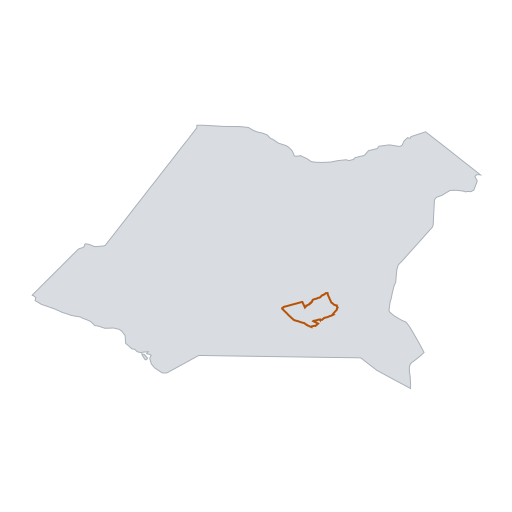 location of Wajir West, North-Eastern, Kenya, rotated 91°
{"feature_id": "3690345B86127058354537", "entity_name": "Wajir West", "entity_type": "district", "adm_level": 2, "iso_a3": "KEN", "parent_name": "Kenya", "parent_adm1": "North-Eastern", "projection": "equal_earth", "projection_center": [39.437, 1.649], "detail": "fine", "context": "in_parent", "style": "outline", "palette": "amber", "viewbox_px": 512, "rotation_deg": 91, "n_neighbors": 0, "source": "geoboundaries", "source_scale": "gbopen_adm2", "svg_char_len": 6808}
<svg xmlns="http://www.w3.org/2000/svg" viewBox="0 0 512 512"><g transform="rotate(91 256 256)"><path d="M126.3,317.4L126.2,309.9L127.0,290.9L126.9,274.2L127.6,265.9L130.6,260.6L132.0,256.7L133.1,251.4L134.7,247.0L138.3,243.4L138.9,241.4L142.8,235.5L145.1,227.8L146.8,225.2L149.0,222.8L150.6,221.5L153.1,220.3L155.1,219.6L155.4,218.9L155.6,217.7L154.9,213.0L155.8,211.4L157.1,208.2L158.7,205.3L160.1,203.4L160.8,201.5L161.2,198.1L161.3,195.8L161.3,191.9L160.8,183.1L159.2,175.8L158.2,167.5L159.0,164.8L157.7,160.0L157.0,159.7L156.0,158.7L154.7,154.1L153.7,150.0L153.0,149.0L148.7,145.3L146.5,136.8L144.1,134.9L142.8,126.4L142.6,124.0L143.9,115.5L143.8,113.5L142.4,111.7L138.3,109.9L135.0,106.4L135.4,105.2L135.6,103.9L133.9,103.1L128.9,88.6L135.4,79.9L142.0,71.1L150.5,59.9L158.3,49.7L165.0,40.8L171.0,33.0L170.8,34.5L170.9,36.5L171.6,37.7L172.8,38.5L174.5,37.6L176.0,36.4L177.5,36.2L186.4,39.4L187.9,42.3L187.8,45.4L188.2,47.6L187.5,49.9L186.8,56.6L187.0,62.9L189.7,67.5L192.1,71.1L194.0,76.2L195.4,77.8L197.3,78.6L203.5,78.8L212.6,79.1L221.4,79.4L222.2,79.5L224.1,80.2L232.1,87.1L239.5,93.4L245.8,98.9L251.9,104.2L257.8,109.3L262.4,113.6L266.9,114.9L274.3,115.5L279.4,115.8L284.1,117.6L291.1,119.2L296.3,120.1L299.4,121.1L308.2,122.1L309.6,121.5L313.5,116.7L317.8,109.0L319.5,104.7L325.1,100.5L334.9,94.6L341.8,90.5L349.5,86.3L353.0,89.9L357.8,95.7L359.9,98.6L361.7,99.9L364.3,100.7L367.5,100.7L369.2,100.6L372.8,99.9L381.1,99.2L385.8,99.2L381.8,106.9L377.1,116.2L368.2,133.2L361.5,142.2L356.4,148.9L356.0,150.1L356.0,157.7L356.1,176.2L356.2,213.1L356.3,250.0L356.4,287.0L356.4,305.4L356.5,311.6L360.9,319.4L365.3,327.0L371.0,337.0L374.1,342.4L374.6,344.2L374.5,347.8L369.7,355.3L365.8,358.7L360.6,360.4L359.1,360.1L357.0,359.0L356.2,360.8L355.6,363.6L354.4,363.0L353.6,362.2L354.1,367.2L354.6,369.6L353.8,373.0L351.3,375.9L351.1,378.3L345.6,384.8L337.8,385.5L333.7,388.7L331.8,391.3L330.5,397.0L330.9,405.8L328.8,412.5L328.4,415.9L324.3,420.3L322.6,424.3L321.2,428.4L320.1,430.2L318.7,439.4L316.9,444.9L316.3,446.8L315.9,448.5L314.4,451.7L313.5,454.0L312.8,455.4L308.1,469.7L304.4,476.1L301.5,475.4L299.5,477.9L299.3,479.0L298.3,478.4L295.9,476.0L290.9,471.2L285.9,466.4L280.9,461.5L275.9,456.7L270.9,451.8L265.9,447.0L260.9,442.2L255.9,437.3L253.0,434.5L251.7,432.8L250.7,429.5L250.2,428.6L248.9,427.6L247.3,427.4L246.9,426.7L246.9,425.1L247.4,422.8L249.2,418.3L249.4,415.7L249.1,412.8L248.5,408.0L248.0,406.9L244.7,404.5L237.8,399.2L230.8,394.0L223.9,388.8L217.0,383.6L210.0,378.4L203.1,373.2L196.2,368.0L189.2,362.8L182.3,357.5L175.3,352.3L168.4,347.1L161.5,341.9L154.5,336.7L147.6,331.5L140.7,326.2L133.7,321.0L131.1,319.1L128.8,317.4L126.3,317.4ZM357.0,368.1L355.8,368.5L356.4,366.0L359.9,362.7L361.4,363.5L361.7,364.2L361.6,364.9L361.0,365.5L357.0,368.1Z" fill="#d9dde1" stroke="#a8b0b8" stroke-width="1"/><path d="M291.8,183.8L291.8,184.0L291.8,184.3L291.8,184.5L291.9,185.1L291.9,185.4L291.9,185.5L292.0,185.6L292.4,186.0L292.5,186.2L292.6,186.3L292.8,186.5L293.0,186.6L293.1,186.8L293.2,187.1L293.3,187.4L293.4,187.6L293.5,187.7L293.5,187.8L293.6,188.0L293.9,188.3L294.0,188.4L294.0,188.5L294.0,188.8L294.0,189.0L294.3,189.3L294.4,189.5L294.5,189.6L294.8,189.8L294.9,190.0L295.0,190.1L295.3,190.4L295.5,190.5L295.8,190.7L295.9,190.8L296.0,190.9L296.1,191.1L296.3,191.3L296.3,191.5L296.5,192.0L296.7,192.3L296.7,192.5L296.7,192.8L296.7,193.0L296.8,193.1L296.9,193.4L297.0,193.6L297.1,193.8L297.3,194.0L297.4,194.3L297.4,194.6L297.5,194.7L297.7,195.1L297.8,195.4L297.8,195.6L297.8,195.8L297.9,196.1L297.9,196.3L298.0,196.6L298.2,197.0L298.3,197.3L298.4,197.6L298.5,197.7L298.6,197.9L298.6,198.0L298.7,198.3L299.0,198.6L299.3,198.6L299.5,198.7L299.5,198.8L299.9,198.9L300.0,199.0L300.4,199.3L300.5,199.4L300.6,199.5L300.8,199.5L300.9,199.4L301.0,199.5L301.3,199.8L301.3,200.0L301.5,200.1L301.7,200.3L301.8,200.4L302.0,200.4L302.1,200.7L302.1,200.8L302.3,200.8L302.3,200.7L302.4,200.8L302.5,201.0L302.8,201.2L302.9,201.3L303.0,201.4L303.0,201.6L303.3,201.8L303.3,202.1L303.5,202.2L303.5,202.3L303.6,202.5L303.8,202.8L304.0,203.1L304.1,203.4L304.1,203.5L304.3,203.9L304.5,204.0L304.7,204.4L304.7,204.5L304.8,204.5L305.0,204.9L305.0,205.0L305.3,205.2L305.5,205.1L305.7,205.3L305.8,205.4L305.9,205.6L306.1,205.8L306.3,206.0L306.6,206.2L306.2,206.4L304.2,207.3L304.0,207.5L303.9,207.5L303.3,207.8L302.6,208.2L302.0,208.4L301.1,208.9L301.1,209.0L302.4,213.5L302.5,213.7L303.2,216.3L303.3,216.5L303.6,217.7L304.0,219.0L304.4,220.4L305.6,224.4L306.2,226.8L306.3,227.0L306.5,227.4L306.5,227.6L306.9,227.8L307.0,227.9L307.5,228.2L307.6,228.4L307.8,228.6L307.9,228.9L307.9,229.0L308.0,229.0L308.2,228.9L308.5,228.7L308.9,228.3L309.3,227.8L310.4,226.7L311.3,225.7L313.5,223.4L313.9,223.1L315.2,221.7L316.8,219.9L317.0,219.7L318.0,218.5L319.0,217.4L319.2,217.2L319.4,216.7L319.5,216.6L319.5,216.4L319.8,215.6L319.8,215.4L320.0,214.9L320.2,213.9L320.4,213.2L320.5,212.8L320.5,212.7L320.6,212.3L320.9,211.5L321.1,211.1L321.2,210.6L321.3,210.2L321.8,208.9L321.8,208.7L321.9,208.1L322.0,207.8L322.1,207.2L322.1,206.9L322.3,206.5L322.4,206.4L322.5,206.2L322.8,205.9L323.4,205.0L323.5,204.9L323.6,204.7L323.9,204.3L323.9,204.2L324.0,204.2L324.3,203.6L324.5,203.3L324.5,203.2L324.6,202.9L324.8,202.5L325.0,202.1L325.1,201.8L325.1,201.7L325.5,201.0L325.5,200.9L325.6,200.7L325.9,199.5L326.0,199.3L325.8,199.3L325.5,199.3L325.4,199.2L325.2,198.2L325.0,197.4L324.9,196.9L324.8,196.5L324.7,196.3L324.7,196.1L324.7,195.8L324.8,195.7L324.9,195.3L322.5,192.7L320.6,196.7L320.1,197.7L319.9,197.5L319.9,197.4L319.9,197.2L319.8,196.9L319.8,196.6L319.8,196.4L319.7,196.3L319.6,196.2L319.5,195.6L319.4,195.5L319.4,195.4L319.4,195.2L319.4,194.9L319.4,194.7L319.3,194.3L319.2,194.1L319.2,193.9L319.1,193.7L318.9,193.6L318.9,193.4L318.8,193.2L318.7,193.0L318.6,192.8L318.6,192.7L318.6,192.4L318.6,192.2L318.5,191.9L318.6,191.6L318.6,191.4L318.3,190.9L319.1,190.5L318.9,190.4L318.8,190.2L318.7,189.5L318.7,189.3L318.7,189.0L318.6,188.9L318.5,188.7L318.3,188.6L318.1,188.4L318.0,188.2L317.9,188.0L317.7,187.7L317.0,187.1L316.8,186.8L316.6,186.4L316.5,186.2L316.5,185.9L316.5,185.7L316.4,185.6L316.3,185.2L316.1,184.4L316.0,183.9L315.8,183.3L315.6,182.8L315.5,182.6L315.4,182.4L315.1,181.9L315.0,181.7L314.6,180.6L314.6,180.4L314.5,180.1L314.4,179.8L314.1,179.1L313.7,178.4L313.4,177.8L313.2,178.4L312.5,177.7L312.3,177.7L312.2,177.7L311.2,176.8L309.7,175.5L308.3,174.2L308.1,174.2L307.8,174.2L307.7,174.2L307.3,174.2L307.2,174.2L306.6,174.0L306.2,173.5L305.9,173.7L305.8,173.8L305.6,173.8L305.3,173.9L305.1,174.1L304.7,174.5L304.4,174.7L304.3,174.8L304.1,174.8L304.0,174.7L303.4,177.1L301.7,178.9L301.5,179.6L301.1,179.9L300.4,180.3L300.1,180.4L299.9,180.5L299.3,180.7L299.2,180.8L298.7,181.0L298.1,181.4L297.7,181.6L297.2,181.8L296.4,182.1L295.2,182.7L293.8,183.4L291.8,183.8Z" fill="none" stroke="#b45309" stroke-width="2"/></g></svg>